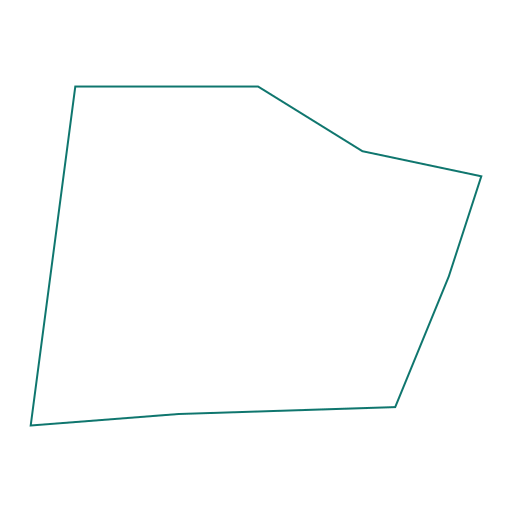 Wan Chai, Robinson projection
{"feature_id": "HKG-5154", "entity_name": "Wan Chai", "entity_type": "state/province", "adm_level": 1, "iso_a3": "HKG", "parent_name": "Hong Kong S.A.R.", "parent_adm1": "", "projection": "robinson", "projection_center": [114.179, 22.269], "detail": "fine", "context": "isolated", "style": "outline", "palette": "teal", "viewbox_px": 512, "rotation_deg": 0, "n_neighbors": 0, "source": "natural_earth", "source_scale": "10m", "svg_char_len": 229}
<svg xmlns="http://www.w3.org/2000/svg" viewBox="0 0 512 512"><path d="M75.3,86.5L258.0,86.5L362.4,151.2L481.3,176.3L448.8,276.4L395.2,407.1L178.5,414.0L30.7,425.5L75.3,86.5Z" fill="none" stroke="#0f766e" stroke-width="2"/></svg>